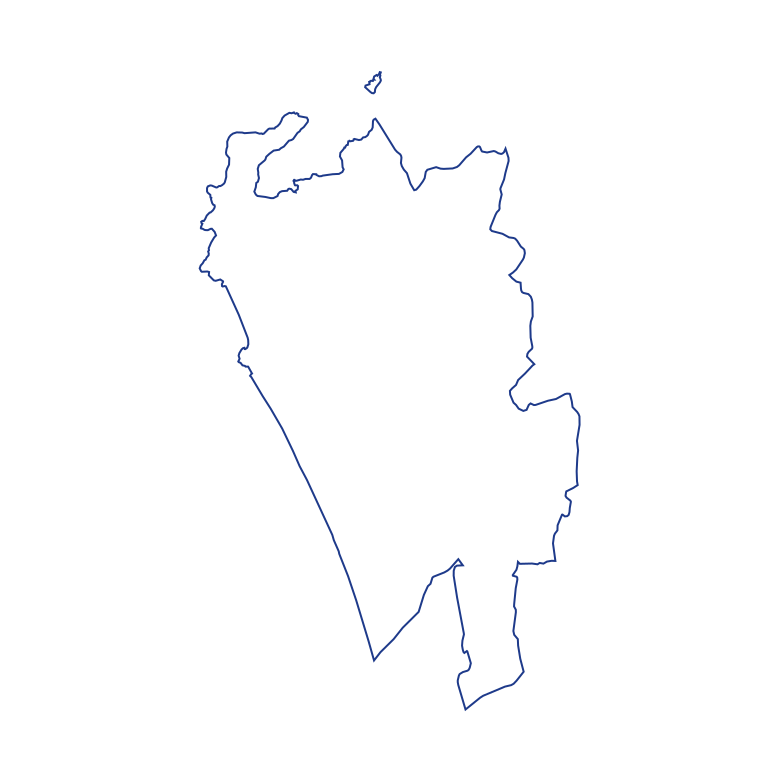 outline of Dong Hoa, Phú Yên, Vietnam, rotated 190°
{"feature_id": "81297802B45644811289425", "entity_name": "Dong Hoa", "entity_type": "district", "adm_level": 2, "iso_a3": "VNM", "parent_name": "Vietnam", "parent_adm1": "Phú Yên", "projection": "robinson", "projection_center": [109.384, 12.945], "detail": "fine", "context": "isolated", "style": "outline", "palette": "blue", "viewbox_px": 768, "rotation_deg": 190, "n_neighbors": 0, "source": "geoboundaries", "source_scale": "gbopen_adm2", "svg_char_len": 6152}
<svg xmlns="http://www.w3.org/2000/svg" viewBox="0 0 768 768"><g transform="rotate(190 384 384)"><path d="M345.8,110.0L340.9,119.3L330.2,134.4L323.2,147.3L310.3,165.6L308.1,183.2L305.7,192.5L303.5,195.3L302.7,201.7L301.8,202.8L291.9,208.9L289.0,211.3L287.0,213.6L280.4,224.4L274.9,219.1L280.6,217.8L282.4,216.1L282.9,212.2L282.1,207.3L274.9,186.3L262.2,152.6L261.8,151.3L262.2,144.9L261.7,139.9L260.3,136.1L259.2,133.9L258.2,133.1L256.0,135.4L255.5,135.1L250.0,124.1L250.3,119.5L250.9,117.4L251.9,116.2L256.3,114.0L259.1,111.5L259.6,109.9L259.9,105.0L259.6,103.2L258.6,100.5L247.2,77.6L234.9,91.7L232.2,94.2L212.3,107.0L206.5,109.5L204.3,111.3L201.9,114.9L196.5,124.9L202.1,137.1L206.5,149.7L207.9,156.0L212.2,159.6L213.7,163.2L214.5,182.1L215.0,184.6L217.3,187.5L217.6,190.0L218.8,205.8L218.7,214.5L219.2,216.5L219.9,217.2L223.8,217.6L224.0,218.2L221.3,224.1L221.0,227.6L221.2,232.1L219.0,230.5L207.0,232.9L201.5,233.1L199.6,234.8L195.8,234.8L192.7,237.4L188.2,239.0L184.5,239.5L189.9,256.4L190.2,264.1L189.7,266.3L187.8,270.0L188.5,275.0L186.0,286.2L185.5,286.4L182.9,285.0L180.6,285.7L179.4,287.2L179.1,290.1L179.5,294.3L179.5,300.5L180.2,301.5L184.5,303.8L185.8,305.3L185.9,308.9L185.8,309.9L179.7,314.4L175.7,318.1L177.0,321.6L179.1,331.4L180.8,344.8L181.3,352.2L184.1,361.5L184.3,377.7L185.9,386.1L187.2,388.2L188.9,390.0L194.3,394.0L196.0,399.4L199.1,406.3L199.5,406.6L202.1,406.3L204.0,405.5L212.0,399.1L219.6,396.0L231.1,389.7L232.7,389.3L236.3,390.3L237.8,388.5L239.1,383.3L242.1,381.7L247.1,383.1L250.3,386.3L253.2,388.1L257.9,395.4L258.8,399.1L257.0,402.0L253.8,406.0L252.6,411.2L247.0,418.7L241.0,427.9L239.4,429.6L247.9,435.8L248.0,438.5L247.1,440.8L244.4,444.4L244.2,445.4L244.5,446.9L247.6,455.0L250.0,466.7L250.2,471.1L249.3,476.3L252.0,490.1L253.0,492.8L254.6,495.5L257.4,497.6L262.5,497.9L264.0,498.5L265.1,500.0L265.7,501.8L267.1,507.5L271.4,507.8L276.2,510.5L279.5,513.1L276.4,516.1L273.6,519.8L268.8,530.7L268.2,532.8L268.0,537.3L269.0,540.3L269.9,541.3L273.1,543.1L277.8,548.2L280.0,549.9L281.7,550.3L286.3,550.1L293.4,552.5L304.3,553.4L306.2,554.8L306.3,557.2L303.6,569.9L302.7,572.7L301.0,575.2L300.6,576.7L301.3,579.7L301.5,583.5L301.0,591.1L303.2,595.8L303.3,596.9L301.3,606.3L301.1,612.8L300.0,625.3L300.7,628.4L305.2,636.9L306.1,633.1L307.3,631.6L308.6,630.9L311.5,631.1L314.6,632.3L316.3,632.5L322.7,629.9L327.7,630.0L328.5,630.7L330.6,634.0L331.3,634.5L332.7,634.3L333.8,633.4L338.7,625.8L342.5,621.5L347.9,612.5L349.8,610.4L353.8,608.2L362.6,606.2L365.7,605.9L370.3,606.6L378.5,602.5L379.7,600.1L379.7,593.8L380.9,590.3L383.5,585.0L386.0,581.0L387.9,580.1L392.8,585.9L398.0,595.6L401.7,598.6L404.3,601.7L405.7,604.6L406.1,609.9L406.7,611.5L407.8,612.9L411.5,614.9L413.8,616.7L433.7,639.0L438.5,643.8L440.1,642.5L440.5,641.0L439.7,634.7L440.3,632.2L442.5,629.7L443.0,626.7L443.8,625.4L445.3,623.9L447.4,623.2L448.8,620.8L451.0,619.9L455.7,620.2L456.4,619.7L456.3,618.7L456.7,618.1L459.3,617.2L460.3,617.5L460.5,617.0L461.3,616.7L461.2,613.2L462.3,612.8L463.1,611.4L463.3,610.1L464.1,610.0L464.6,608.3L467.1,604.1L466.9,600.4L464.1,596.9L462.4,590.2L461.0,588.4L461.8,585.6L464.8,583.1L470.9,581.7L480.5,578.6L481.8,577.8L484.0,577.3L486.9,578.2L487.1,578.8L490.4,578.4L491.1,577.3L491.7,574.5L492.9,573.0L496.9,572.3L499.2,571.1L501.5,570.9L505.4,569.0L506.7,568.8L507.5,569.5L508.0,569.4L508.4,568.3L507.5,567.6L507.5,566.5L506.4,564.5L506.0,564.2L503.8,564.6L503.0,564.0L502.8,560.7L504.8,558.8L504.2,557.4L506.4,557.5L509.2,559.8L511.2,559.9L512.0,559.5L512.9,557.5L517.9,556.2L519.9,554.9L521.2,552.8L521.5,550.6L525.3,547.8L527.9,547.4L533.3,547.6L541.3,547.2L543.1,548.3L545.1,550.9L544.4,555.5L544.7,559.8L543.3,561.3L542.9,565.1L544.3,568.5L544.5,570.4L545.7,573.9L545.2,577.7L540.4,583.4L539.8,584.5L539.4,587.4L536.8,590.8L533.2,594.7L527.9,596.5L526.6,598.2L523.8,600.5L519.9,607.1L517.5,608.2L516.0,609.5L512.8,616.3L510.9,618.2L510.1,620.3L507.6,623.1L504.6,628.9L504.7,630.9L506.2,632.9L514.3,633.0L515.2,633.9L515.3,635.0L516.9,635.6L517.8,634.8L519.5,635.2L519.9,635.8L522.0,634.6L524.3,634.6L528.5,631.1L530.3,628.2L530.7,625.7L531.8,622.3L533.6,619.5L535.7,617.7L536.1,616.6L541.3,615.6L542.2,614.9L545.9,609.6L547.1,609.1L547.9,609.5L550.1,608.9L554.2,609.5L564.9,606.8L567.3,607.0L572.8,606.2L576.2,604.4L578.2,602.3L579.5,599.9L580.5,595.5L579.5,590.6L579.9,588.2L579.8,584.5L579.1,582.6L575.6,579.7L574.7,573.1L575.9,568.9L576.3,565.7L575.3,560.5L575.8,555.1L576.3,553.7L577.9,551.8L579.5,550.5L580.7,550.4L582.6,548.6L583.4,548.4L588.1,549.5L589.6,549.4L591.8,548.0L592.3,546.2L591.7,542.9L590.8,541.8L587.9,540.1L587.4,538.0L587.2,537.5L586.4,537.4L586.4,535.8L584.6,532.3L583.3,530.9L581.9,530.6L581.4,529.2L581.7,527.4L582.7,525.2L584.6,522.8L585.5,522.5L587.8,519.1L588.8,515.3L589.8,513.2L591.2,513.1L592.2,512.0L591.6,510.7L590.7,510.3L591.5,506.8L591.4,505.6L591.0,505.3L589.9,505.5L587.5,504.6L586.3,504.6L584.2,504.9L581.7,506.7L580.5,507.0L577.2,504.4L575.2,501.1L576.7,498.8L578.8,493.3L580.2,487.3L579.6,485.3L580.2,484.0L579.2,482.0L579.1,480.2L580.6,477.9L581.2,475.5L582.4,474.6L583.5,471.4L585.1,468.9L585.6,465.9L583.7,463.3L582.9,462.9L577.5,464.1L575.7,463.9L575.4,460.6L569.6,456.5L567.7,456.4L563.4,458.5L560.4,457.2L560.2,456.7L561.0,454.2L560.5,452.3L559.8,452.0L557.9,452.8L556.7,452.7L539.0,426.9L526.3,405.9L525.4,403.7L524.5,399.6L524.9,396.4L525.4,395.4L526.8,394.2L527.2,394.2L527.8,395.4L529.1,394.8L530.3,393.2L531.8,389.3L532.1,386.7L530.6,383.8L531.4,380.8L530.8,380.3L528.9,379.9L526.6,377.8L524.1,377.7L523.4,377.1L520.8,377.5L515.8,371.4L516.4,370.9L517.3,368.8L515.8,367.7L501.3,350.9L491.3,340.0L476.5,322.4L462.0,302.2L452.8,288.4L443.2,276.1L408.7,226.4L406.3,221.5L399.5,211.3L398.6,209.0L386.0,188.5L373.8,166.1L354.4,127.8L345.8,110.0ZM449.4,680.4L450.3,679.7L450.4,678.9L451.0,678.8L450.3,676.7L454.0,674.7L454.1,673.0L448.1,669.2L446.4,668.4L444.7,668.5L443.7,669.9L443.9,672.7L443.3,675.0L440.4,680.3L439.8,682.2L440.1,683.3L441.4,685.4L441.1,687.0L441.7,687.9L441.3,690.3L442.3,690.4L442.7,688.5L444.0,686.4L445.0,687.0L447.1,685.1L447.3,682.8L446.4,682.0L447.5,681.8L447.6,680.5L449.4,680.4Z" fill="none" stroke="#1e3a8a" stroke-width="2"/></g></svg>